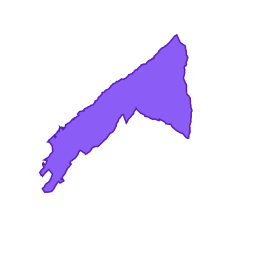 the district of Teolocholco, Tlaxcala, Mexico, rotated 310°
{"feature_id": "50627088B11304069898900", "entity_name": "Teolocholco", "entity_type": "district", "adm_level": 2, "iso_a3": "MEX", "parent_name": "Mexico", "parent_adm1": "Tlaxcala", "projection": "orthographic", "projection_center": [-98.142, 19.211], "detail": "fine", "context": "isolated", "style": "filled", "palette": "violet", "viewbox_px": 256, "rotation_deg": 310, "n_neighbors": 0, "source": "geoboundaries", "source_scale": "gbopen_adm2", "svg_char_len": 5770}
<svg xmlns="http://www.w3.org/2000/svg" viewBox="0 0 256 256"><g transform="rotate(310 128 128)"><path d="M230.7,105.5L228.4,104.7L219.6,104.8L216.2,104.3L214.7,103.7L214.3,104.0L211.8,103.1L211.7,102.8L211.2,102.6L210.4,102.6L209.0,102.2L208.3,102.4L207.0,102.1L204.8,102.7L203.8,102.4L203.4,102.5L201.6,102.1L200.6,102.2L200.1,101.9L199.3,102.2L198.7,102.9L198.2,102.9L197.9,102.3L197.4,102.6L196.4,102.6L196.2,102.3L196.3,102.1L196.2,101.8L195.7,101.8L195.2,101.6L194.6,101.7L194.3,101.2L194.0,101.3L193.9,101.1L193.4,101.1L193.0,100.9L192.8,100.6L192.6,100.5L191.6,100.7L191.0,100.3L190.6,100.5L189.9,100.4L189.1,100.7L188.7,100.7L188.2,100.1L187.5,99.7L187.3,99.2L187.0,99.1L186.9,98.9L186.6,98.6L186.1,98.7L185.8,98.5L185.7,98.3L185.2,98.1L184.9,97.6L183.2,98.0L182.1,97.5L179.7,97.3L178.4,97.6L178.3,97.1L177.2,96.4L176.4,96.5L175.8,96.3L175.1,96.6L174.7,96.6L174.3,96.4L173.4,96.1L172.9,96.3L172.1,96.3L170.9,95.2L169.7,95.1L169.1,94.3L168.5,94.6L166.6,94.6L165.6,94.3L165.2,94.4L164.1,94.1L163.6,93.8L163.2,93.4L162.7,93.5L162.3,93.2L161.4,92.1L161.5,91.6L161.2,91.4L160.7,91.4L159.9,91.1L159.2,91.1L157.6,90.4L157.4,90.8L157.2,90.7L156.4,89.5L154.4,89.3L153.4,88.9L153.1,88.6L152.2,88.1L151.4,88.3L149.5,87.9L148.1,88.1L145.9,88.1L145.0,87.9L143.9,87.4L142.4,86.5L142.0,86.4L141.3,86.8L140.8,86.8L140.3,86.7L139.5,86.3L138.9,85.6L138.4,85.4L137.7,86.2L136.3,86.1L135.2,86.3L133.3,85.8L131.7,85.9L130.8,86.3L130.3,86.3L129.9,86.6L129.4,86.6L128.4,85.9L128.0,85.8L127.6,85.5L127.4,85.6L127.4,85.8L127.1,86.0L126.6,85.9L125.5,86.4L125.0,86.2L124.5,86.4L124.0,86.4L123.3,86.2L122.6,86.1L121.7,85.0L120.3,84.9L118.4,83.8L117.1,83.8L116.3,83.1L114.8,82.5L114.0,82.4L113.8,82.7L112.9,82.7L112.7,83.1L112.4,82.7L111.8,82.1L111.1,81.9L109.9,80.6L109.4,80.4L106.3,80.3L106.1,81.2L106.1,82.3L104.7,81.9L103.4,81.3L102.3,81.2L101.5,80.5L101.3,80.9L99.5,81.0L99.7,80.1L98.9,79.9L98.1,79.8L97.7,80.0L96.1,79.8L95.7,80.0L95.1,80.0L94.7,79.7L93.6,79.5L92.6,78.7L91.7,78.7L90.7,78.2L90.0,78.7L89.5,78.7L88.8,79.3L88.4,79.1L87.8,79.4L87.2,79.0L87.1,78.8L86.9,79.0L86.5,79.0L86.3,79.5L85.2,79.5L85.0,79.4L85.2,78.4L85.1,77.8L86.3,77.8L86.3,77.7L85.9,76.4L84.6,76.1L84.8,75.1L84.3,75.6L83.4,75.8L82.9,76.3L81.3,77.2L81.3,76.2L80.2,76.5L79.9,76.3L79.3,76.3L78.9,76.6L76.9,76.5L75.6,76.2L75.0,78.5L73.7,78.5L74.3,76.1L69.9,75.7L68.0,75.2L67.7,75.6L67.3,75.4L65.7,75.4L66.7,76.8L65.5,81.8L65.1,81.9L62.3,84.7L62.0,85.5L60.0,85.6L57.9,85.3L55.2,86.0L49.6,84.3L51.1,86.7L48.0,88.1L46.4,88.2L46.9,85.4L46.5,85.4L45.7,85.7L45.1,86.3L45.1,86.5L44.7,86.7L44.2,88.1L44.0,89.1L39.9,88.7L38.6,89.0L37.2,88.9L36.0,91.8L36.6,92.0L36.0,93.5L39.6,93.4L43.1,93.7L45.3,94.0L44.2,99.8L41.5,100.7L40.7,101.2L39.6,101.4L39.2,101.6L38.9,101.5L37.6,101.9L37.0,102.1L34.3,101.7L32.9,101.2L31.4,101.2L30.0,101.5L29.6,101.8L28.9,102.0L28.0,101.4L26.4,101.4L25.4,105.1L25.3,105.7L26.5,106.7L27.3,107.8L29.9,110.0L31.6,110.4L32.5,110.2L33.7,110.2L35.4,110.0L36.2,109.7L37.4,109.7L38.5,109.3L39.5,109.3L40.6,109.1L42.5,109.2L42.1,111.3L46.3,112.8L47.1,110.4L45.8,109.9L45.7,109.8L46.2,109.5L47.5,109.5L49.3,109.1L53.2,109.0L54.5,108.4L56.9,108.0L57.6,107.7L59.2,107.6L60.5,107.9L61.3,107.7L61.9,107.8L62.6,107.7L63.3,107.8L63.6,106.8L64.0,107.1L64.4,105.7L64.8,105.7L65.2,105.3L65.7,105.5L66.1,105.5L66.4,105.7L67.4,106.1L68.2,105.9L69.1,106.5L69.7,106.5L70.4,106.8L72.3,106.9L75.6,106.7L76.1,106.3L77.4,105.9L77.8,105.5L78.1,105.8L78.4,105.8L79.7,105.5L80.1,105.5L80.0,105.9L80.4,106.7L80.7,110.3L80.9,110.6L80.5,112.3L81.1,112.5L82.1,113.1L83.0,113.2L84.8,113.7L85.7,113.8L87.5,113.7L88.3,113.7L89.4,113.3L90.6,113.8L91.6,113.9L91.6,114.1L93.0,115.1L94.0,116.1L94.3,116.7L95.0,117.0L95.5,116.8L96.2,117.2L97.4,117.1L98.8,117.4L100.7,117.4L102.2,117.7L104.0,117.7L105.3,118.2L107.4,118.2L108.4,118.0L112.3,117.7L114.7,118.7L115.5,118.9L116.4,118.7L117.1,118.8L119.2,118.3L120.2,118.0L122.3,117.6L122.5,117.0L125.5,116.1L126.9,116.1L128.1,115.4L129.0,115.2L131.4,115.3L133.4,114.9L134.1,115.0L135.2,115.5L131.9,121.6L130.6,123.6L131.9,123.5L132.4,123.1L133.2,123.0L133.6,123.1L134.2,122.8L135.1,122.7L136.8,122.7L137.8,123.0L138.3,123.0L139.5,122.8L140.6,122.9L141.3,122.7L141.9,123.0L142.0,122.8L143.1,122.8L144.5,122.1L146.7,122.0L148.3,121.5L148.2,121.9L147.9,122.4L148.0,123.7L147.5,127.8L148.6,132.0L148.5,132.5L147.9,133.2L148.0,134.0L148.5,134.5L149.4,136.0L149.5,136.6L149.9,137.3L149.8,138.7L149.9,139.3L150.2,139.7L150.3,140.8L151.0,141.9L152.2,142.8L152.8,145.0L153.4,146.0L153.6,147.0L154.0,146.9L154.9,146.1L155.3,146.7L155.3,146.8L154.9,147.4L155.6,148.8L155.9,150.3L156.2,152.8L156.0,153.3L156.1,153.7L155.6,154.2L157.3,157.1L158.3,158.4L158.1,158.8L158.2,159.4L157.6,160.1L157.3,161.0L157.1,163.7L157.2,166.0L157.3,167.6L157.7,168.8L157.8,169.7L157.7,170.2L158.5,172.4L158.9,173.8L158.9,174.5L158.4,176.3L158.3,177.5L158.0,178.8L158.5,179.5L158.4,179.9L158.7,180.7L159.4,180.9L162.2,178.8L163.5,178.7L164.0,178.3L164.5,178.3L164.8,177.9L165.7,177.5L166.3,176.4L166.9,176.2L168.0,175.4L168.5,174.4L169.1,174.0L173.8,171.8L174.3,171.0L176.5,169.7L179.0,167.8L180.1,166.7L181.0,166.3L181.9,166.1L182.5,165.7L183.5,164.3L184.6,162.3L185.5,161.9L186.8,160.1L187.7,159.3L188.2,159.0L189.8,157.3L190.9,156.4L191.2,154.8L191.8,153.7L191.6,151.5L191.9,151.0L195.6,147.5L198.1,145.6L198.9,144.5L199.1,143.4L201.7,138.6L202.5,138.0L206.1,136.4L207.4,135.3L209.4,133.8L210.0,132.6L210.9,132.0L211.6,131.6L212.3,131.7L212.6,132.3L214.0,132.1L214.6,131.6L214.9,130.8L215.3,130.4L216.6,130.2L217.2,129.8L218.1,129.6L218.8,128.9L219.3,129.0L219.8,128.6L220.4,128.6L221.3,127.0L221.2,126.0L224.6,122.9L225.5,121.3L226.7,120.0L227.1,119.8L227.6,119.1L227.7,118.3L227.4,117.4L227.3,116.1L227.4,115.3L227.2,115.0L227.1,113.8L227.0,113.1L230.7,105.5Z" fill="#8b5cf6" stroke="#5b21b6" stroke-width="1.5"/></g></svg>